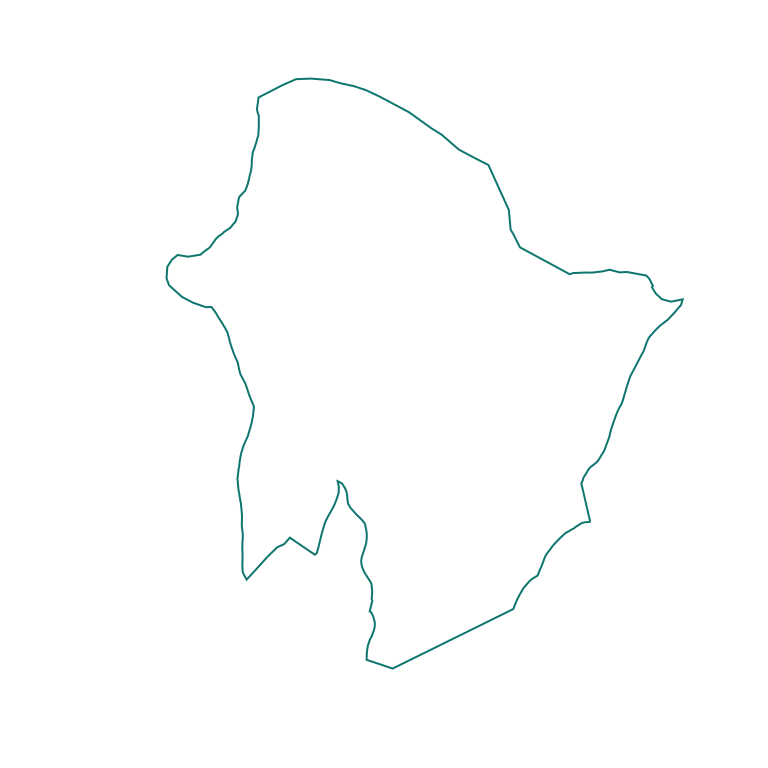 the district of Monchy/Vieux Sucreic, Gros Islet, Saint Lucia, rotated 208°
{"feature_id": "8701671B82156592609383", "entity_name": "Monchy/Vieux Sucreic", "entity_type": "district", "adm_level": 2, "iso_a3": "LCA", "parent_name": "Saint Lucia", "parent_adm1": "Gros Islet", "projection": "natural_earth1", "projection_center": [-60.949, 14.051], "detail": "fine", "context": "isolated", "style": "outline", "palette": "teal", "viewbox_px": 768, "rotation_deg": 208, "n_neighbors": 0, "source": "geoboundaries", "source_scale": "gbopen_adm2", "svg_char_len": 4798}
<svg xmlns="http://www.w3.org/2000/svg" viewBox="0 0 768 768"><g transform="rotate(208 384 384)"><path d="M242.8,136.8L164.2,246.0L164.9,251.9L165.2,255.6L165.3,258.8L165.3,262.6L165.1,266.5L165.0,269.2L164.6,271.2L163.8,274.7L162.9,278.6L161.6,281.6L158.4,287.1L158.6,288.3L159.0,292.0L159.2,293.9L159.3,296.2L159.9,301.5L160.4,304.5L160.7,308.4L160.4,312.0L159.7,315.4L159.1,320.0L157.9,324.9L156.9,328.3L155.2,333.7L153.6,338.0L151.7,340.7L150.4,343.1L148.5,345.7L147.8,347.6L145.7,351.3L144.4,353.6L142.5,355.6L142.2,355.9L137.7,358.7L138.0,360.0L163.1,388.9L163.3,392.4L163.9,394.7L163.6,398.3L163.4,401.6L163.4,403.9L162.8,407.3L161.0,411.2L159.8,413.8L159.0,416.9L158.7,420.8L158.6,423.5L158.4,425.7L158.3,429.0L159.0,433.8L160.1,442.4L160.4,443.3L160.8,445.2L161.7,448.3L162.7,453.6L163.6,459.3L164.5,465.5L165.0,470.4L165.1,474.5L164.9,477.6L165.2,480.4L165.9,483.8L168.7,497.4L170.2,506.8L170.2,512.4L170.2,520.0L170.3,529.6L170.2,535.1L171.5,543.3L171.9,548.7L171.5,551.3L170.4,555.6L169.7,558.6L168.4,562.8L167.4,565.7L164.8,571.4L163.5,574.3L161.0,583.5L159.3,591.4L158.8,592.9L160.0,599.0L165.7,594.3L169.1,591.6L172.6,590.6L178.7,589.3L181.6,590.2L186.6,591.5L190.2,593.6L192.9,595.3L192.6,596.8L199.0,601.4L203.3,602.9L222.2,596.9L228.3,593.2L238.5,590.8L244.3,585.7L246.3,584.4L252.5,580.1L255.9,578.3L259.4,576.5L262.0,574.9L268.8,570.9L271.8,568.1L328.1,568.5L340.4,577.2L344.7,579.8L355.4,596.2L394.6,626.4L398.4,626.3L412.5,626.1L427.7,626.1L450.3,631.2L462.1,632.0L489.5,635.7L506.0,635.7L522.6,635.7L537.9,635.0L550.6,632.8L564.0,629.0L574.8,626.8L592.0,619.3L604.7,611.9L613.6,600.7L629.3,578.1L629.0,577.3L627.9,574.5L627.4,573.1L627.1,572.3L626.0,569.1L625.5,568.0L625.3,567.2L625.0,566.4L623.9,565.5L622.5,563.8L620.8,562.5L619.7,560.7L618.2,557.8L617.2,555.9L616.5,554.7L616.1,553.8L615.2,552.2L613.7,548.9L613.0,547.3L612.0,545.2L611.4,542.8L610.7,539.3L610.2,537.7L609.9,535.4L609.4,533.0L608.9,530.1L608.7,527.5L607.9,525.2L607.1,523.0L605.9,519.7L605.1,518.3L604.1,516.2L603.2,514.4L602.0,511.1L601.4,509.3L600.8,506.7L600.4,504.8L599.3,501.5L599.0,499.6L598.2,497.0L598.0,495.1L597.5,491.9L597.3,489.6L598.0,487.1L598.4,485.5L599.5,481.9L599.4,479.9L598.8,477.9L598.0,475.6L597.0,472.2L596.4,470.6L594.9,468.6L593.6,466.9L592.8,465.7L592.4,464.4L592.0,461.5L591.6,459.8L591.4,457.1L592.2,454.2L592.6,452.0L593.1,449.7L593.8,448.4L595.7,444.9L596.6,443.2L597.2,441.0L599.6,436.2L600.3,434.0L600.7,432.5L600.9,430.0L601.2,427.8L601.5,425.9L601.9,422.9L603.0,420.5L604.2,418.3L605.1,416.2L605.8,414.9L605.9,414.2L606.8,412.0L616.6,404.5L626.8,401.0L629.7,394.0L630.3,385.7L625.6,375.2L620.2,370.3L603.5,366.1L591.0,366.1L577.3,368.2L572.5,371.0L566.1,368.0L562.0,365.4L558.5,363.5L554.5,361.2L552.9,360.1L550.9,359.1L549.5,358.0L547.2,356.7L543.1,352.5L539.5,348.5L536.9,345.9L532.8,342.1L530.7,340.2L528.2,338.2L526.1,336.5L524.2,335.1L522.8,333.9L521.7,332.4L520.4,330.9L519.6,329.8L516.7,326.6L515.2,325.1L513.3,323.8L512.2,323.1L509.3,321.1L507.9,320.1L506.2,319.0L504.8,317.6L502.3,315.3L497.8,310.9L496.9,310.2L495.1,308.6L490.4,304.9L488.2,303.0L487.4,301.1L486.6,298.9L485.7,296.9L484.5,293.8L482.7,287.7L481.8,284.0L480.5,277.6L479.8,274.1L479.4,267.7L479.1,264.3L478.8,261.9L478.3,259.6L478.0,257.7L477.2,254.3L475.2,248.2L473.9,244.8L473.0,243.0L472.5,240.6L471.7,238.9L470.5,235.6L469.8,233.9L468.8,231.2L467.5,229.6L465.8,226.8L462.4,221.7L460.2,219.0L456.4,213.9L454.3,211.4L451.0,206.4L449.1,203.5L446.9,199.8L445.4,196.8L443.0,192.1L441.4,189.8L439.2,186.7L438.4,185.4L436.7,182.3L435.7,180.3L434.8,177.9L433.8,176.1L432.7,173.9L431.4,171.3L430.1,169.4L428.9,167.2L428.1,165.4L426.9,163.4L426.2,161.9L425.5,160.6L424.6,158.6L423.7,156.9L422.7,155.3L422.0,154.1L420.8,152.1L419.7,150.9L417.9,149.8L416.4,148.6L414.5,147.6L413.5,146.8L410.7,157.3L408.8,164.6L407.0,171.9L405.8,176.6L404.3,181.5L402.8,185.8L401.9,189.3L396.9,195.9L395.0,204.1L364.9,200.8L364.0,203.3L364.9,207.7L368.1,220.2L368.9,223.3L370.2,230.1L370.9,233.2L371.2,236.4L371.2,243.0L371.0,249.2L371.1,254.5L371.7,259.6L372.3,263.1L372.8,266.2L374.4,269.5L375.7,272.2L379.3,276.4L377.4,276.5L374.4,276.4L371.6,274.9L369.1,273.4L366.9,271.5L364.9,269.4L363.3,266.7L361.6,264.2L359.3,261.3L355.6,259.0L351.3,257.4L347.0,255.8L341.1,254.1L338.3,253.1L336.2,252.1L334.9,251.3L331.0,246.6L328.8,243.5L326.8,239.6L325.3,235.9L324.5,232.6L323.2,225.9L322.4,220.8L321.4,217.8L320.2,215.6L318.1,212.9L315.9,210.9L313.5,208.9L310.1,206.9L307.0,205.1L304.5,203.8L301.9,202.2L300.7,200.9L297.1,195.4L295.5,192.0L293.8,188.1L292.5,187.1L289.9,176.5L288.2,176.4L286.5,175.2L284.7,174.0L282.9,172.1L281.1,170.3L279.5,168.0L278.1,165.0L277.3,161.9L276.4,155.0L276.5,152.1L276.0,148.9L275.4,145.4L274.2,141.8L272.9,138.5L269.9,132.3L242.8,136.8Z" fill="none" stroke="#0f766e" stroke-width="2"/></g></svg>